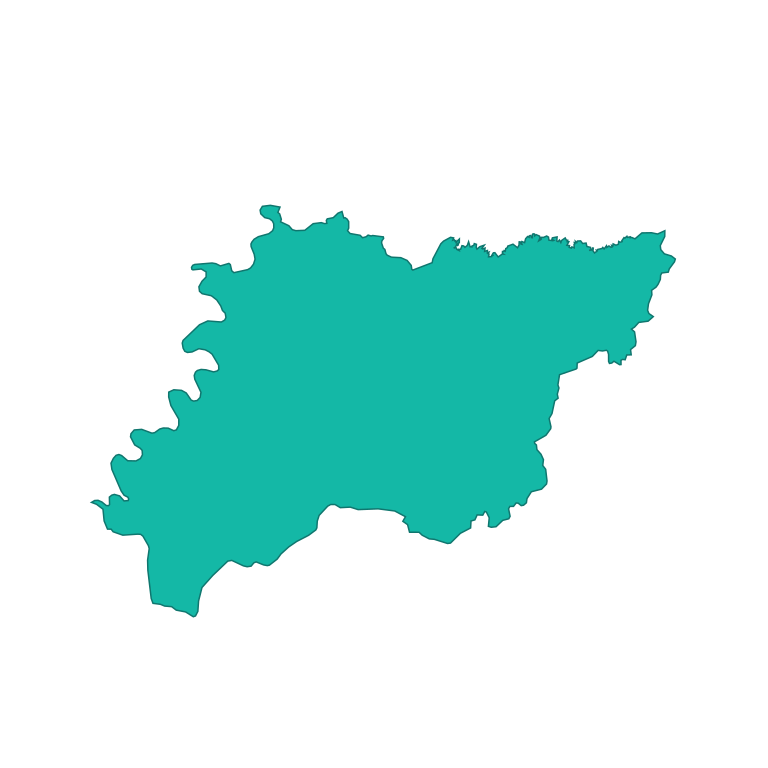 outline of Doi Luang, Chiang Rai, Thailand, rotated 350°
{"feature_id": "78962969B15237736289159", "entity_name": "Doi Luang", "entity_type": "district", "adm_level": 2, "iso_a3": "THA", "parent_name": "Thailand", "parent_adm1": "Chiang Rai", "projection": "mercator", "projection_center": [100.215, 20.141], "detail": "fine", "context": "isolated", "style": "filled", "palette": "teal", "viewbox_px": 768, "rotation_deg": 350, "n_neighbors": 0, "source": "geoboundaries", "source_scale": "gbopen_adm2", "svg_char_len": 6155}
<svg xmlns="http://www.w3.org/2000/svg" viewBox="0 0 768 768"><g transform="rotate(350 384 384)"><path d="M687.2,281.8L679.5,283.8L673.7,281.5L664.2,280.0L656.4,284.6L653.2,282.6L651.9,282.7L652.0,281.8L649.2,281.9L648.9,280.7L646.5,282.2L645.8,281.5L643.1,284.2L643.2,285.1L641.1,285.4L639.9,284.4L639.1,287.1L636.5,287.6L634.0,285.8L633.3,287.8L632.3,287.1L632.5,288.6L631.3,288.8L629.5,287.1L627.2,288.2L627.1,286.5L624.2,289.2L623.2,287.5L622.2,288.4L617.8,288.6L617.3,289.5L616.4,289.1L616.7,290.2L614.1,291.5L612.9,289.1L613.7,286.5L613.1,286.3L612.3,288.1L609.2,288.1L611.2,287.6L611.1,285.3L607.7,283.8L607.5,280.3L604.0,280.1L602.5,277.2L599.3,276.8L598.4,278.2L597.4,276.9L597.5,278.1L596.0,277.7L596.3,279.1L595.4,279.5L595.0,282.9L592.8,281.6L592.1,282.7L590.1,281.6L590.7,279.9L588.2,279.2L590.7,276.0L589.1,275.6L589.9,274.4L588.5,273.8L587.8,271.6L583.8,273.5L582.7,275.4L581.8,272.7L580.1,274.0L579.0,273.2L580.0,269.2L575.2,269.3L574.5,270.6L576.2,272.0L575.2,272.2L571.4,271.0L571.5,267.9L569.9,266.5L566.7,267.3L564.3,266.9L563.8,268.9L561.2,269.9L562.9,267.2L562.8,265.3L559.7,263.3L558.2,264.3L558.2,262.4L556.9,262.0L556.1,262.5L555.5,265.7L554.6,265.4L554.8,264.0L553.8,263.1L552.6,263.5L552.4,264.7L551.0,263.7L548.7,265.5L547.0,269.2L544.5,267.6L543.7,268.9L544.1,270.4L543.3,270.1L542.7,267.6L541.8,267.5L541.1,270.6L539.2,273.0L535.3,268.7L529.8,269.7L529.2,271.1L527.4,271.8L526.4,274.3L525.4,273.5L524.9,274.3L523.7,274.1L523.3,276.0L524.2,276.9L523.0,276.6L518.5,278.7L516.0,273.9L514.5,273.8L513.3,275.1L513.6,276.2L512.4,276.1L512.2,277.2L509.0,276.9L510.0,274.3L509.2,273.7L510.2,272.4L508.6,272.7L509.0,270.5L506.1,270.9L507.1,267.7L504.8,268.2L503.9,267.5L506.8,264.7L502.2,265.4L499.0,267.3L498.5,265.5L499.3,262.5L497.3,261.4L496.5,263.0L494.6,263.4L494.5,264.2L492.6,263.8L492.0,258.6L490.1,262.0L487.4,263.5L486.5,261.9L484.8,261.3L482.8,264.7L480.8,264.3L481.1,265.6L479.0,264.1L478.6,262.1L476.2,262.3L478.3,261.4L480.2,258.6L480.5,260.3L481.1,260.1L481.8,258.2L482.7,257.9L483.4,254.3L479.5,256.9L479.5,255.3L478.7,255.6L478.1,254.0L476.7,254.3L477.9,252.2L475.0,251.1L467.5,253.6L464.3,255.8L454.0,269.1L452.5,272.9L432.2,276.8L431.3,275.9L431.4,271.9L428.2,266.3L422.5,262.5L413.4,260.4L409.5,257.7L408.6,256.0L408.2,251.6L406.9,250.1L406.1,244.7L406.8,242.6L408.9,240.6L408.9,239.0L398.6,235.8L397.0,236.0L394.2,234.6L391.9,235.9L388.3,236.2L386.3,233.4L376.7,229.9L374.7,226.7L376.3,224.4L377.4,218.0L376.3,215.2L374.6,213.5L373.2,213.5L372.6,206.8L368.3,207.8L362.9,211.4L356.8,211.5L355.6,212.9L355.6,215.9L353.2,215.7L350.3,214.2L342.1,213.8L332.7,218.9L323.8,217.7L320.5,216.1L317.8,211.6L310.3,206.3L311.5,204.0L310.8,198.4L309.3,196.6L312.3,191.7L303.1,188.3L295.1,187.9L292.2,191.2L292.2,195.0L295.4,199.4L300.0,201.4L302.4,204.1L303.2,207.0L302.6,211.0L300.9,213.7L296.7,216.0L285.8,217.1L281.2,218.9L278.6,221.2L277.3,223.0L277.0,225.6L278.7,233.7L278.7,238.7L276.3,243.3L272.8,246.5L269.6,247.7L255.5,248.3L253.7,246.0L253.4,239.7L252.2,238.3L243.4,239.3L239.3,236.3L235.7,235.0L218.4,233.4L216.3,233.9L214.7,235.7L214.7,237.7L215.6,238.4L224.0,239.0L228.3,242.7L227.4,247.7L222.6,251.2L218.6,256.1L218.4,260.7L220.6,263.5L229.3,267.1L233.9,272.2L236.8,278.8L237.7,283.6L239.9,286.7L239.9,291.1L238.2,293.4L234.6,294.7L221.4,291.3L212.6,293.6L193.7,306.2L192.4,308.7L192.4,313.9L193.5,317.2L195.9,318.8L200.6,319.1L207.8,317.1L213.9,319.3L217.4,322.0L219.9,324.8L224.4,336.8L223.8,341.0L221.9,342.2L218.3,342.5L211.1,339.1L206.4,337.9L202.5,338.3L200.4,339.6L198.6,342.6L198.5,346.4L202.3,360.4L200.6,365.3L197.2,367.8L193.6,367.8L191.3,366.4L187.7,358.5L183.5,355.1L176.0,353.2L170.6,354.6L169.7,359.4L170.4,368.3L175.8,383.0L174.7,389.1L171.6,393.1L168.9,393.5L163.8,390.0L159.0,389.0L155.3,389.4L149.7,392.1L146.9,392.1L137.5,386.6L130.0,385.9L126.2,389.0L125.2,392.0L127.9,400.7L132.7,404.9L134.3,407.4L133.8,411.8L131.2,415.1L126.4,416.7L118.3,415.1L113.2,408.9L110.7,407.4L107.8,407.7L104.6,410.2L101.4,414.6L101.2,420.9L106.6,443.7L108.7,448.4L112.1,451.0L112.6,452.9L111.8,454.4L107.7,454.0L104.2,448.3L99.3,445.9L96.6,446.2L93.9,447.7L92.8,455.1L91.5,456.0L89.3,455.4L85.7,451.2L82.2,448.9L78.8,448.5L75.4,449.8L80.1,452.6L85.5,458.5L84.6,470.3L86.5,478.9L90.1,479.6L91.6,482.5L100.5,487.5L115.4,489.1L118.3,489.8L120.2,492.0L123.9,502.3L124.2,505.3L120.6,516.4L119.1,526.5L117.5,554.8L118.4,559.9L125.5,562.1L129.4,564.6L136.2,566.4L140.1,570.6L149.0,574.0L155.8,580.1L158.1,579.7L161.2,575.6L163.7,565.5L169.4,552.8L182.1,542.8L199.4,531.3L203.5,531.3L214.0,538.7L217.5,540.2L221.5,540.3L224.8,537.5L227.2,537.0L234.1,541.3L237.6,542.6L239.7,542.5L248.4,537.9L253.0,533.5L261.9,527.9L270.7,523.9L283.5,519.9L291.5,515.9L292.9,514.0L294.5,507.4L297.3,502.1L307.4,494.5L310.6,493.4L314.9,494.2L319.5,498.2L329.4,499.4L336.7,503.2L356.5,505.9L372.5,510.9L382.1,518.4L378.7,522.5L382.8,526.6L383.4,534.4L392.8,536.1L395.3,539.5L401.7,544.4L406.6,545.7L418.9,552.1L421.9,552.2L433.3,544.3L444.3,540.8L445.9,534.0L449.9,533.6L453.0,529.1L458.5,530.3L461.1,527.0L462.6,527.9L464.4,534.0L462.1,542.3L464.7,543.7L469.6,544.0L477.3,538.9L483.5,538.4L485.2,536.2L485.0,528.5L486.7,526.4L490.3,527.0L493.5,524.1L495.5,524.7L498.0,527.6L500.4,527.6L503.6,525.7L504.9,521.7L510.4,515.7L520.9,514.9L526.7,510.7L527.7,507.8L528.4,496.1L526.2,491.8L527.9,486.2L526.4,480.4L523.2,475.2L523.5,470.5L522.1,468.7L522.1,467.1L534.6,462.6L540.4,457.0L541.0,455.1L540.6,446.7L544.3,442.3L549.2,430.2L553.0,428.2L552.9,424.1L555.6,418.3L555.1,415.1L558.5,405.3L575.8,402.6L576.8,401.9L577.9,396.9L594.0,393.0L600.7,388.1L604.9,389.4L608.9,389.4L609.9,390.4L610.3,393.8L609.1,400.8L609.6,402.9L612.0,402.9L614.4,401.5L619.4,405.9L620.8,406.0L621.5,401.8L623.2,401.2L625.7,402.0L628.1,397.6L632.5,398.2L632.8,392.9L638.2,389.9L639.5,386.2L639.8,376.2L637.2,372.9L640.6,371.5L645.6,367.6L655.0,368.0L660.9,364.4L657.1,360.6L656.4,357.2L658.4,350.9L663.3,342.7L663.8,338.2L668.8,335.8L671.3,333.3L674.3,329.0L675.3,324.9L676.9,322.9L683.4,323.2L684.9,320.2L691.3,314.1L692.6,311.5L689.2,307.8L682.7,304.5L679.9,299.7L680.1,295.7L686.1,287.5L687.2,281.8Z" fill="#14b8a6" stroke="#0f766e" stroke-width="1.5"/></g></svg>